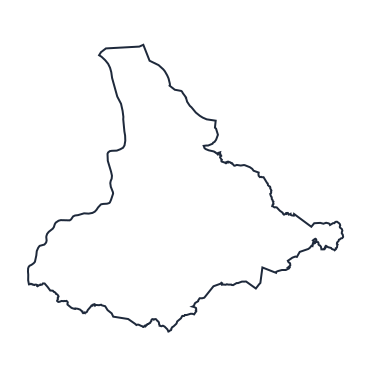 Churumuco, Michoacán, Mexico (Albers equal-area conic projection), rotated 96°
{"feature_id": "50627088B90340838344930", "entity_name": "Churumuco", "entity_type": "district", "adm_level": 2, "iso_a3": "MEX", "parent_name": "Mexico", "parent_adm1": "Michoacán", "projection": "albers", "projection_center": [-101.581, 18.721], "detail": "fine", "context": "isolated", "style": "outline", "palette": "slate", "viewbox_px": 384, "rotation_deg": 96, "n_neighbors": 0, "source": "geoboundaries", "source_scale": "gbopen_adm2", "svg_char_len": 6023}
<svg xmlns="http://www.w3.org/2000/svg" viewBox="0 0 384 384"><g transform="rotate(96 192 192)"><path d="M288.3,346.8L291.4,346.2L297.0,345.7L300.9,344.5L300.6,343.3L300.1,342.7L300.4,341.2L300.8,341.0L300.7,340.1L301.0,339.5L301.0,338.9L300.6,338.6L300.4,337.5L300.7,336.2L301.7,336.2L301.9,335.8L300.6,334.2L300.4,333.3L299.9,333.1L300.1,332.6L299.8,331.5L298.5,330.7L298.4,329.0L301.6,325.6L304.8,322.7L304.7,320.1L305.8,318.9L305.8,318.3L307.0,316.7L307.5,316.6L307.9,315.4L308.3,314.9L309.7,313.8L310.5,314.0L310.8,314.4L311.6,314.5L312.4,314.1L314.2,314.8L314.4,314.8L315.0,314.0L315.3,313.5L315.0,312.2L314.0,310.3L314.0,308.3L313.7,307.8L313.8,306.8L313.4,305.4L314.3,304.3L314.8,304.0L316.4,304.2L317.0,304.0L319.6,300.1L320.0,299.2L320.5,296.7L320.5,296.0L320.0,295.9L320.1,293.3L320.7,290.9L322.0,289.2L322.2,288.5L323.3,288.3L323.9,287.6L323.4,286.3L323.5,286.1L323.0,286.1L323.1,285.1L322.2,284.0L320.3,283.3L316.4,280.6L315.4,280.1L315.1,279.6L315.4,279.0L314.3,278.6L313.8,277.3L314.6,277.1L315.2,276.6L314.4,275.9L314.3,272.6L313.6,270.6L314.1,269.9L314.7,266.4L318.3,263.6L321.1,259.2L324.2,257.3L325.0,242.2L329.0,234.9L330.1,233.4L329.7,232.8L329.5,231.3L330.6,228.2L330.8,227.0L330.9,226.6L331.3,226.5L331.3,226.1L330.6,225.4L330.6,225.2L330.2,225.2L329.7,224.7L330.3,224.1L328.8,223.1L328.7,222.7L328.0,222.5L327.8,221.4L326.8,220.7L326.5,219.9L325.2,219.5L324.7,219.0L323.7,219.0L322.9,218.6L322.5,217.7L322.9,216.8L322.6,216.7L322.2,214.9L322.4,214.3L323.5,213.3L324.5,211.8L325.7,211.1L327.3,210.8L328.0,210.0L328.4,210.1L328.7,208.3L328.0,207.0L328.7,205.2L331.2,202.1L333.3,200.9L333.2,200.6L331.9,199.2L331.6,198.5L330.9,198.2L330.1,198.3L328.3,197.4L327.8,196.5L324.9,194.0L324.3,193.6L322.3,193.2L318.8,189.8L316.4,188.8L316.2,188.5L316.2,187.0L315.7,186.5L315.1,186.3L314.9,184.5L313.2,180.5L313.1,178.8L313.5,177.1L310.9,175.8L310.4,175.3L309.5,175.4L309.2,175.8L308.7,175.5L307.2,175.8L306.9,176.0L306.2,177.8L305.9,179.6L305.3,178.5L305.0,178.5L304.0,177.9L302.7,177.6L301.9,177.1L300.0,174.5L299.2,174.5L296.9,173.3L296.6,170.7L295.8,168.7L283.5,160.8L280.4,154.4L280.0,153.8L279.2,153.3L279.6,152.5L280.9,152.8L281.1,152.7L280.8,151.4L280.7,148.7L280.1,147.7L280.3,146.4L280.0,143.2L280.3,142.8L280.3,141.4L277.9,138.1L277.8,136.8L275.9,133.0L275.4,128.8L281.3,118.4L276.9,115.7L275.3,114.5L259.7,114.1L263.6,100.0L262.6,99.9L261.6,98.1L260.2,94.5L259.8,90.7L259.3,89.7L258.5,88.8L258.3,88.1L257.9,87.6L256.6,86.9L255.9,87.4L256.0,87.7L254.8,86.6L253.0,86.9L252.5,87.2L251.8,88.6L250.4,89.5L246.8,85.3L245.4,82.5L245.6,80.9L240.3,78.6L236.5,70.4L235.2,69.0L232.9,67.5L233.2,66.5L231.8,66.3L231.1,66.5L229.6,66.2L229.7,65.6L230.3,64.9L230.0,64.3L229.7,64.2L229.0,64.6L227.7,66.4L227.5,66.0L227.0,66.2L225.6,64.5L225.7,64.0L226.9,63.2L227.7,63.6L228.4,63.5L228.7,63.1L228.7,61.4L229.6,60.8L231.0,60.7L231.7,59.8L231.9,59.0L233.1,58.0L235.5,57.3L235.3,56.5L235.5,55.7L234.7,54.8L235.0,54.2L233.3,53.3L233.0,53.9L231.8,53.5L231.5,53.2L232.7,50.8L233.1,47.8L234.0,47.0L234.5,45.3L234.5,44.5L235.0,44.0L233.6,42.8L232.9,43.0L232.8,42.6L231.8,42.0L229.8,42.0L229.0,41.7L228.5,42.5L227.0,42.4L225.6,41.2L224.1,40.9L223.6,39.9L222.7,39.2L222.2,37.8L221.1,37.1L220.8,37.0L218.5,37.7L217.6,38.7L216.2,38.8L214.8,38.4L213.2,39.1L211.8,41.2L210.8,41.4L209.7,41.1L208.5,41.6L207.6,42.6L206.4,44.7L206.6,45.8L207.1,46.6L208.1,47.1L208.2,48.4L210.4,51.3L209.3,52.0L208.9,52.9L208.6,55.4L209.8,58.0L209.3,61.2L210.3,67.2L214.1,69.7L203.2,88.2L204.9,88.3L204.8,90.5L204.4,91.5L203.4,91.7L204.4,93.4L203.8,94.0L202.8,94.5L203.0,96.0L204.0,96.0L203.9,96.8L204.7,97.6L204.9,98.2L203.9,99.4L203.1,99.7L201.5,102.6L198.5,106.1L198.4,107.2L198.7,108.4L197.7,110.2L197.7,110.7L196.6,110.6L195.8,109.8L195.2,109.7L194.6,110.2L193.0,110.0L192.5,110.8L191.3,111.2L190.7,111.9L188.8,112.2L188.2,112.9L186.1,113.9L185.6,114.0L184.9,113.3L183.7,113.2L182.9,113.5L182.2,113.2L180.2,114.6L179.2,114.6L178.5,115.0L178.4,115.6L177.2,117.2L175.6,117.6L175.3,118.2L169.8,122.4L170.0,124.1L169.7,124.7L170.1,126.1L168.9,127.4L167.2,127.8L165.7,127.7L164.4,133.0L162.7,134.5L161.3,137.0L159.8,142.4L159.8,143.3L160.6,146.3L160.4,150.3L161.4,152.2L161.3,153.0L160.1,154.2L159.8,155.0L159.2,155.1L158.9,156.0L159.0,156.6L158.5,157.0L158.5,157.6L158.1,158.7L158.0,159.4L158.3,159.9L158.8,159.8L158.6,160.4L159.8,161.0L159.9,161.3L159.8,161.5L159.2,161.3L159.0,161.5L159.3,162.6L158.6,165.7L158.0,166.1L156.8,165.7L156.4,166.3L154.6,167.7L153.6,167.5L153.1,166.7L152.6,166.8L152.2,168.0L151.2,167.8L150.4,168.3L149.6,168.2L150.4,170.0L151.7,170.0L152.0,170.2L150.9,171.5L150.6,172.4L150.0,172.9L150.0,173.6L149.4,174.4L148.8,179.7L147.9,182.8L147.1,184.1L144.9,185.2L144.3,182.7L144.1,180.8L141.9,176.7L140.7,176.1L139.8,174.8L137.5,173.5L132.4,172.2L126.5,174.7L125.6,175.9L118.6,175.9L118.2,185.0L116.9,189.1L115.4,192.2L112.6,196.5L107.8,201.4L106.5,203.2L102.7,206.3L99.7,207.5L98.5,208.4L99.2,207.3L94.7,211.4L93.1,212.5L92.6,213.4L92.1,219.8L88.6,225.4L88.0,225.1L86.5,225.4L81.5,227.2L78.7,228.8L74.8,231.6L73.0,233.4L69.3,238.5L65.9,247.9L50.7,255.8L52.9,259.6L58.2,292.6L62.4,297.1L65.7,298.7L66.9,296.2L70.0,292.1L73.3,288.8L77.0,286.5L81.3,284.8L86.9,283.4L104.9,276.3L111.7,271.8L118.6,269.5L124.5,268.1L126.8,268.0L138.7,265.6L143.0,264.4L148.0,263.7L152.7,264.0L155.2,265.2L157.0,267.8L158.7,271.1L159.4,276.0L160.0,278.1L161.5,279.6L162.9,280.0L169.8,279.0L180.3,274.6L184.2,273.3L187.2,273.3L189.4,274.0L191.7,274.2L195.3,273.3L200.5,270.6L201.9,270.3L208.2,271.7L211.0,272.6L211.7,273.3L212.5,275.2L213.1,278.8L213.7,281.0L214.0,281.4L217.2,283.8L219.7,285.1L221.7,286.6L223.2,288.8L224.3,292.5L224.5,297.1L226.9,302.9L227.6,305.9L228.7,307.7L231.9,309.4L233.0,310.7L233.7,319.6L234.5,321.7L236.7,324.3L238.4,325.1L241.3,325.7L243.0,326.6L246.6,330.3L248.8,331.7L251.1,332.2L252.2,332.2L255.5,331.5L257.5,331.8L259.7,333.3L261.5,337.9L263.5,339.1L267.0,340.2L271.3,340.2L277.8,340.9L279.4,342.0L281.2,344.0L282.3,345.8L283.5,346.6L285.1,347.0L288.3,346.8Z" fill="none" stroke="#1e293b" stroke-width="2"/></g></svg>